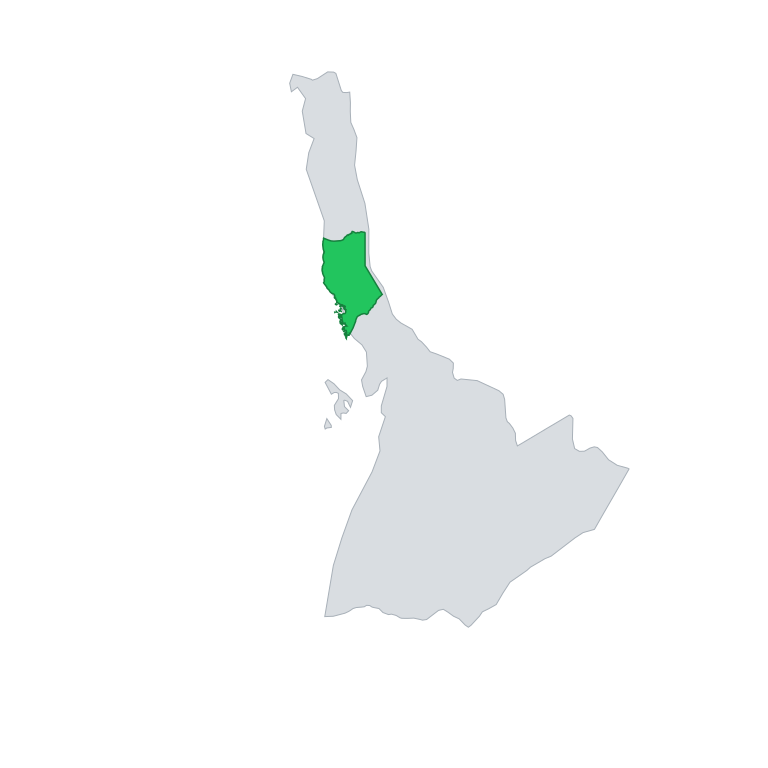 Araeta, Debubawi Keyih Bahri, Eritrea (highlighted), rotated 216°
{"feature_id": "51966322B42999406046920", "entity_name": "Araeta", "entity_type": "district", "adm_level": 2, "iso_a3": "ERI", "parent_name": "Eritrea", "parent_adm1": "Debubawi Keyih Bahri", "projection": "mercator", "projection_center": [40.88, 14.412], "detail": "fine", "context": "in_parent", "style": "filled", "palette": "green", "viewbox_px": 768, "rotation_deg": 216, "n_neighbors": 0, "source": "geoboundaries", "source_scale": "gbopen_adm2", "svg_char_len": 8256}
<svg xmlns="http://www.w3.org/2000/svg" viewBox="0 0 768 768"><g transform="rotate(216 384 384)"><path d="M135.8,459.3L133.3,436.6L131.7,421.4L130.0,405.3L128.3,390.1L135.6,380.8L139.0,371.9L147.6,343.0L151.1,337.3L157.9,321.8L158.8,317.3L165.6,297.7L164.9,284.7L163.6,271.5L167.2,263.7L170.5,257.5L170.3,252.2L171.8,239.9L172.8,236.8L176.8,236.7L185.1,238.2L191.2,237.0L198.2,237.0L203.6,236.6L206.8,232.9L211.1,218.5L214.0,215.6L216.2,214.8L222.3,212.1L227.6,207.9L231.9,204.9L233.5,204.3L238.1,203.9L242.7,202.2L244.8,200.1L250.5,198.5L256.1,199.4L259.9,197.6L262.5,196.5L265.3,196.4L268.0,194.7L269.0,192.2L270.7,190.6L275.1,186.8L277.1,184.1L278.0,181.4L278.9,179.2L280.9,175.6L288.5,166.3L295.2,161.0L318.3,207.4L327.6,234.7L335.9,263.2L342.0,305.9L347.9,327.5L357.3,338.2L363.7,358.4L369.3,359.2L373.3,364.7L380.1,383.7L385.1,390.7L387.6,384.7L387.4,381.2L385.4,375.3L387.2,367.8L391.0,363.3L399.8,369.5L404.6,374.1L405.9,383.4L407.9,388.6L417.0,399.5L424.8,402.7L434.8,403.4L443.2,405.8L449.9,409.8L462.5,420.9L491.4,430.6L514.5,460.3L528.2,480.9L573.1,512.0L580.8,526.9L584.8,541.5L594.3,540.8L610.5,556.7L615.2,568.8L628.4,573.2L630.7,566.0L637.1,571.9L639.7,581.0L631.2,584.6L621.8,587.8L620.5,587.7L617.4,591.9L613.0,603.4L608.1,606.7L605.5,607.0L591.0,596.3L588.7,595.7L585.5,597.8L583.3,600.0L576.5,591.8L571.5,584.7L564.6,576.1L557.9,572.2L550.7,567.4L543.6,556.1L536.4,543.7L525.7,533.6L505.6,518.9L487.2,500.3L473.2,480.9L464.1,470.7L460.3,468.2L441.5,461.8L428.4,452.9L418.4,445.5L412.2,443.6L406.2,443.3L393.4,444.8L382.8,440.2L378.4,440.2L371.2,438.8L365.7,437.2L359.1,439.2L345.7,442.5L340.2,441.7L337.1,437.2L335.4,433.6L330.7,430.0L326.8,430.0L324.7,433.3L310.6,441.5L287.1,446.1L281.6,445.7L277.4,442.5L265.5,428.3L262.1,426.0L259.4,425.8L253.9,424.1L248.8,421.4L244.3,415.6L239.7,412.3L234.8,423.6L226.3,443.5L221.7,454.1L215.8,467.8L213.9,468.2L210.9,467.2L199.2,450.2L191.8,443.8L186.3,444.4L182.3,447.5L179.7,453.2L177.0,456.7L174.0,458.1L167.6,457.4L157.8,454.7L147.6,455.3L137.2,459.2L135.8,459.3ZM412.2,345.4L415.4,349.6L417.6,349.2L419.3,347.8L420.6,344.8L432.6,350.7L431.9,354.6L424.7,354.8L416.4,353.2L408.7,353.8L399.6,352.1L397.4,345.4L403.3,348.6L406.3,347.8L406.8,347.0L402.7,342.5L396.9,341.6L397.3,338.0L399.9,336.6L401.5,334.9L398.1,330.1L404.7,331.2L408.8,334.1L411.6,337.5L412.2,345.4ZM407.3,314.7L409.9,322.4L402.4,319.5L401.1,317.9L404.4,314.8L405.1,313.0L407.3,314.7Z" fill="#d9dde1" stroke="#a8b0b8" stroke-width="1"/><path d="M518.6,466.5L518.4,466.0L517.8,465.4L517.4,464.3L517.1,463.3L516.4,462.4L515.8,461.2L515.3,460.5L512.2,457.2L511.6,456.9L510.9,456.2L510.6,456.2L510.0,455.9L509.7,455.1L509.8,454.9L509.5,454.6L509.5,454.3L509.4,454.1L509.4,453.4L508.7,451.9L507.9,450.6L506.6,449.2L505.4,448.2L504.3,447.7L503.8,447.1L503.5,445.2L503.2,444.5L502.9,442.8L502.6,442.2L502.2,442.0L501.9,441.6L501.9,441.3L501.7,441.1L501.7,440.6L501.4,440.5L500.7,439.3L500.2,439.1L500.1,438.8L499.7,438.7L499.5,438.3L499.0,438.0L498.9,437.7L497.4,436.6L496.9,436.4L496.6,436.2L494.9,435.3L494.5,434.9L493.7,433.1L493.3,432.6L492.9,432.4L492.7,432.1L492.5,431.4L492.5,430.7L492.4,430.4L491.9,430.2L491.2,430.0L490.6,429.7L489.1,429.4L488.5,429.1L487.4,428.8L486.8,428.3L486.1,428.0L483.6,427.7L482.4,427.1L481.5,426.8L479.8,426.7L479.0,426.8L477.9,427.2L477.1,427.2L476.6,427.1L475.4,426.2L475.0,425.4L474.9,424.7L474.7,424.6L474.7,424.9L474.5,425.1L474.0,425.2L473.5,425.0L472.5,424.0L472.2,423.9L472.1,424.1L471.7,424.0L471.4,423.8L471.2,423.6L470.8,423.3L470.4,422.3L470.2,422.2L469.9,422.2L469.8,422.5L469.4,422.7L468.2,422.2L468.0,422.7L467.6,422.8L466.0,422.7L465.6,422.6L465.2,422.3L464.6,422.3L464.4,422.7L465.0,422.9L465.0,423.2L464.5,423.4L464.0,423.7L463.6,423.6L463.4,423.0L463.2,423.0L463.0,422.9L462.8,423.0L462.5,422.9L462.1,423.2L462.2,423.6L462.1,423.8L461.9,423.8L461.7,424.0L460.9,423.9L460.7,423.2L460.4,422.6L460.8,422.3L461.4,422.5L461.6,422.4L461.0,422.1L460.8,421.4L460.5,421.2L460.1,421.2L460.3,421.5L460.2,421.6L459.8,421.5L459.4,421.6L459.1,421.7L458.4,421.7L458.4,421.2L458.0,420.6L457.3,419.9L456.9,418.6L457.0,418.0L458.2,417.1L458.5,416.4L458.7,415.8L458.6,414.7L458.7,413.7L458.5,413.1L458.4,412.8L458.1,412.7L457.9,412.8L458.0,413.7L457.4,413.4L455.3,411.1L454.0,410.1L453.7,409.2L453.2,409.0L453.0,409.3L452.3,409.4L451.6,410.2L451.4,409.7L451.0,409.9L450.9,409.6L450.7,409.4L450.4,409.5L450.2,409.4L449.6,409.5L449.2,409.2L448.4,409.1L448.7,408.9L448.7,408.5L449.1,408.5L449.6,407.3L449.8,407.1L449.9,406.8L449.8,406.7L450.0,406.4L449.8,406.3L449.7,405.9L449.9,406.1L450.1,406.4L450.1,406.6L450.5,406.1L450.5,405.8L450.1,405.1L450.1,403.9L449.8,403.8L449.6,403.8L449.4,404.5L449.7,404.4L449.7,404.0L449.9,404.6L449.6,404.8L449.5,405.2L449.4,405.2L448.9,405.7L448.7,405.5L448.7,405.4L448.6,404.8L448.4,404.5L447.8,404.4L447.2,404.4L446.9,404.5L447.2,404.4L446.9,404.7L446.3,405.0L446.7,405.0L446.0,405.1L445.1,404.1L444.8,404.0L444.7,403.7L444.2,403.5L444.0,402.9L444.2,402.5L444.4,401.5L443.9,401.2L444.3,401.4L444.7,401.3L444.7,402.1L444.8,402.1L444.6,402.3L444.9,402.1L444.8,401.7L444.9,401.3L445.3,401.1L444.9,400.7L444.2,400.7L443.5,400.2L443.2,400.4L442.3,399.6L442.0,398.9L441.3,398.7L441.6,399.1L441.7,399.7L442.0,400.0L441.9,400.4L442.3,400.6L442.6,401.3L442.7,401.2L443.0,401.1L442.9,401.3L443.1,401.5L442.8,401.8L442.9,401.4L442.7,401.3L442.6,401.9L442.8,402.0L442.5,402.0L441.8,402.3L441.1,402.8L441.4,403.0L441.3,403.3L441.4,403.5L441.4,403.9L441.0,404.5L441.5,404.8L441.2,404.9L441.2,405.4L442.0,411.2L443.5,416.8L443.7,417.8L444.5,419.3L445.2,422.5L445.0,423.5L444.4,424.9L444.0,425.2L443.9,426.0L443.3,427.2L442.7,427.8L442.2,428.6L440.7,429.8L439.1,430.0L438.8,430.3L438.5,431.3L438.5,432.6L439.1,433.5L439.2,434.2L438.9,435.2L438.9,436.5L439.1,438.0L438.5,438.8L438.3,439.5L438.3,440.0L438.9,441.2L438.4,443.2L438.3,444.6L438.9,446.2L439.3,446.9L439.4,447.9L439.3,449.0L438.9,450.6L439.0,451.4L438.5,453.0L438.2,455.2L438.1,455.4L468.8,468.5L488.0,494.9L488.5,495.3L488.9,495.3L489.5,494.9L490.4,494.5L492.0,493.7L492.5,492.9L492.9,491.7L493.3,491.5L494.2,491.3L494.9,490.2L495.5,489.6L495.9,489.4L496.9,489.4L498.9,489.0L499.4,488.7L499.4,488.4L499.2,487.8L498.7,487.1L498.6,486.9L498.8,486.6L499.6,486.1L499.5,485.3L500.3,484.3L500.3,483.5L500.9,483.3L501.2,483.1L501.3,482.8L501.3,481.8L501.9,479.9L502.0,479.2L501.8,477.9L501.8,476.9L502.4,475.7L503.5,474.3L508.5,470.1L511.0,468.6L513.7,467.7L518.6,466.5ZM454.3,407.4L453.0,407.3L453.4,407.6L453.6,407.5L453.0,408.0L453.3,408.0L453.4,408.3L453.6,408.4L453.6,408.6L453.9,408.9L454.7,408.3L455.2,408.8L456.1,409.0L455.6,409.9L455.7,410.0L456.0,409.7L456.1,409.2L456.5,409.1L456.3,408.6L454.9,407.3L454.7,407.3L454.6,407.5L454.3,407.4ZM459.3,411.0L458.2,411.1L458.1,411.3L458.3,411.1L458.6,411.2L458.6,411.3L458.9,411.6L458.9,412.0L459.3,412.2L459.6,412.1L459.9,412.2L460.0,412.4L459.8,412.8L459.6,412.7L459.5,412.8L459.8,412.9L459.3,413.1L459.5,413.3L460.0,412.9L460.3,413.0L460.4,412.1L460.2,411.5L459.3,411.0ZM461.5,417.8L462.2,417.6L462.7,417.8L462.9,417.6L463.5,417.5L463.8,417.4L463.8,417.0L463.4,416.7L463.0,416.6L462.6,416.8L462.6,417.1L462.1,417.6L461.4,417.7L461.5,417.8ZM470.0,419.9L469.1,420.1L468.9,420.2L468.8,420.5L469.3,420.5L469.7,420.6L470.0,420.5L470.3,420.3L470.2,420.0L470.0,419.9ZM463.2,419.1L462.7,419.6L463.1,419.9L463.6,419.7L463.5,419.2L463.2,419.1ZM460.2,414.4L460.0,413.7L459.8,413.7L459.6,414.1L459.6,414.5L459.7,414.4L460.0,414.6L459.6,414.6L459.6,414.8L460.1,414.7L460.2,414.4ZM465.4,420.9L464.9,420.9L464.8,421.0L464.9,421.3L465.0,421.2L465.3,421.3L465.5,421.2L465.4,420.9ZM464.2,422.3L463.7,422.3L463.7,422.6L464.1,422.7L464.3,422.4L464.2,422.3ZM464.7,414.6L464.5,414.4L464.3,414.4L464.1,414.5L464.7,414.6ZM457.1,410.6L456.6,410.6L456.3,410.7L457.0,410.7L457.1,411.0L456.9,411.0L457.1,411.0L457.2,410.8L457.1,410.6ZM466.0,413.4L466.1,413.2L465.8,413.0L465.7,413.3L466.0,413.4ZM461.4,413.6L461.7,413.6L461.6,413.4L461.4,413.3L461.4,413.6ZM456.4,410.8L456.3,410.7L455.9,410.9L455.9,411.0L456.4,410.8ZM447.5,402.9L447.3,402.8L446.9,402.9L447.4,403.0L447.1,403.0L447.5,402.9ZM446.1,403.1L446.6,402.9L446.0,403.0L446.1,403.1ZM461.8,422.8L461.8,422.6L461.5,422.7L461.8,422.8ZM445.6,403.5L445.9,403.2L445.6,403.4L445.6,403.5Z" fill="#22c55e" stroke="#15803d" stroke-width="1.5"/></g></svg>